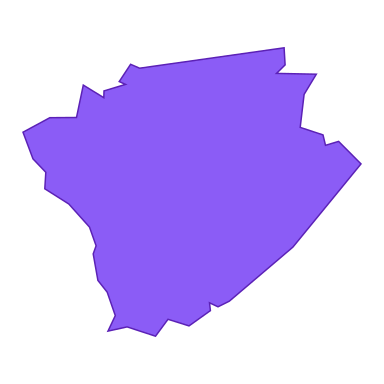 Harrison, Kentucky, United States of America (orthographic projection)
{"feature_id": "52423323B26576691311255", "entity_name": "Harrison", "entity_type": "district", "adm_level": 2, "iso_a3": "USA", "parent_name": "United States of America", "parent_adm1": "Kentucky", "projection": "orthographic", "projection_center": [-84.363, 38.43], "detail": "fine", "context": "isolated", "style": "filled", "palette": "violet", "viewbox_px": 384, "rotation_deg": 0, "n_neighbors": 0, "source": "geoboundaries", "source_scale": "gbopen_adm2", "svg_char_len": 598}
<svg xmlns="http://www.w3.org/2000/svg" viewBox="0 0 384 384"><path d="M83.3,85.1L76.5,117.5L49.8,117.7L23.0,132.2L33.0,158.9L45.8,172.3L44.8,188.8L68.8,204.0L89.5,227.1L96.1,245.8L93.2,253.9L97.9,280.4L107.2,292.2L115.3,315.6L108.0,331.1L127.1,326.9L155.5,336.2L168.0,319.3L189.0,325.9L210.4,310.6L209.5,302.8L218.0,306.8L229.3,301.2L292.9,247.1L361.0,163.9L338.6,141.4L325.5,145.3L323.0,134.9L300.2,127.4L304.1,94.4L316.3,74.2L276.5,73.4L285.1,64.9L284.1,47.8L139.6,68.2L130.6,64.3L119.2,81.6L125.5,84.4L104.0,90.9L103.8,97.7L83.3,85.1Z" fill="#8b5cf6" stroke="#5b21b6" stroke-width="1.5"/></svg>